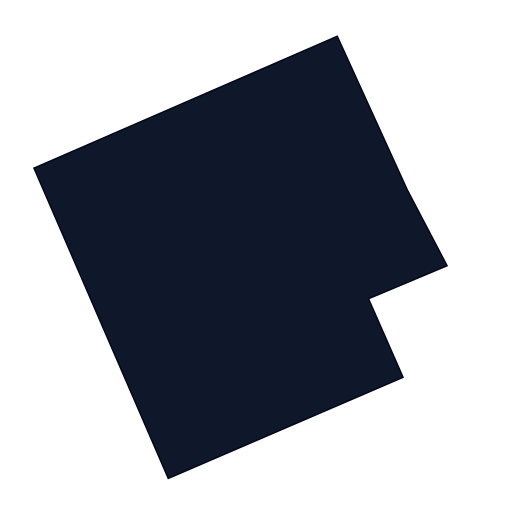 Otsego, Michigan, United States of America, rotated 156°
{"feature_id": "52423323B37183353111965", "entity_name": "Otsego", "entity_type": "district", "adm_level": 2, "iso_a3": "USA", "parent_name": "United States of America", "parent_adm1": "Michigan", "projection": "mercator", "projection_center": [-84.642, 45.028], "detail": "fine", "context": "isolated", "style": "filled", "palette": "ink", "viewbox_px": 512, "rotation_deg": 156, "n_neighbors": 0, "source": "geoboundaries", "source_scale": "gbopen_adm2", "svg_char_len": 262}
<svg xmlns="http://www.w3.org/2000/svg" viewBox="0 0 512 512"><g transform="rotate(156 256 256)"><path d="M423.1,426.6L426.6,88.5L171.0,85.4L170.6,171.2L85.4,169.4L90.9,255.1L92.4,423.7L423.1,426.6Z" fill="#0f172a" stroke="#020617" stroke-width="1.5"/></g></svg>